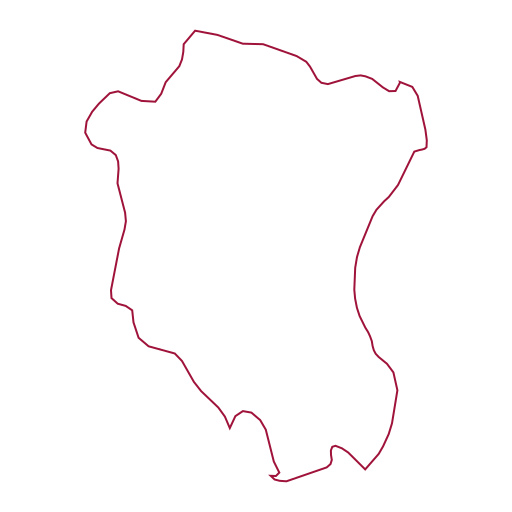 the border of Tây Ninh
{"feature_id": "VNM-444", "entity_name": "Tây Ninh", "entity_type": "Province", "adm_level": 1, "iso_a3": "VNM", "parent_name": "Vietnam", "parent_adm1": "", "projection": "robinson", "projection_center": [106.175, 11.366], "detail": "fine", "context": "isolated", "style": "outline", "palette": "rose", "viewbox_px": 512, "rotation_deg": 0, "n_neighbors": 0, "source": "natural_earth", "source_scale": "10m", "svg_char_len": 1530}
<svg xmlns="http://www.w3.org/2000/svg" viewBox="0 0 512 512"><path d="M389.1,91.2L395.5,91.0L400.0,82.6L399.8,81.9L412.3,86.9L417.7,95.8L425.4,129.7L426.8,140.3L426.5,147.2L424.6,148.8L421.8,149.6L419.6,150.0L414.3,151.6L398.0,185.0L388.8,197.0L384.2,201.2L376.5,209.7L372.6,216.2L359.9,247.2L357.0,257.0L355.2,267.8L354.3,289.7L355.1,298.5L356.9,307.7L359.6,316.0L365.3,327.6L368.1,332.1L370.0,336.2L371.8,341.1L372.6,346.0L373.8,350.2L375.7,353.8L378.8,357.1L387.0,363.8L393.4,372.4L397.4,390.3L392.0,423.3L388.7,434.1L383.1,446.3L378.7,453.9L365.2,469.4L348.2,452.5L341.9,448.3L335.5,445.8L332.3,446.8L330.9,450.4L331.0,454.9L331.8,459.9L330.5,464.1L326.7,467.4L286.4,481.3L279.6,480.8L274.6,479.5L270.7,475.8L275.9,476.0L279.3,472.6L273.8,461.5L265.8,429.7L260.2,420.1L251.4,412.6L242.9,411.1L235.4,416.1L229.8,428.1L224.9,416.6L218.3,407.5L201.2,391.2L193.9,381.9L182.0,361.0L174.8,353.5L148.6,346.3L138.6,337.8L133.5,322.4L132.2,310.3L125.7,305.9L117.7,303.7L111.5,298.1L111.0,290.2L119.1,248.4L124.5,229.5L125.9,221.2L125.1,212.7L117.5,183.3L118.6,168.8L118.1,161.4L115.8,155.1L110.4,150.6L97.4,148.0L91.5,144.4L86.5,135.1L85.2,132.6L86.6,121.5L92.2,111.7L98.7,103.9L100.1,102.5L109.8,93.2L118.1,91.3L141.4,100.9L155.3,101.7L161.2,93.8L165.7,82.2L179.3,66.2L182.0,59.4L183.3,51.9L183.7,44.2L195.1,30.7L217.4,34.9L242.8,43.7L263.1,44.2L296.7,56.1L306.3,61.8L310.0,66.6L317.0,78.9L321.4,82.8L327.9,84.1L355.4,76.0L360.6,75.4L365.4,76.3L372.2,78.9L382.9,87.4L389.1,91.2Z" fill="none" stroke="#9f1239" stroke-width="2"/></svg>